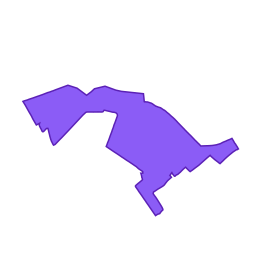 Marg, Al Qahirah, Egypt (Natural Earth projection), rotated 223°
{"feature_id": "37247803B51665438591487", "entity_name": "Marg", "entity_type": "district", "adm_level": 2, "iso_a3": "EGY", "parent_name": "Egypt", "parent_adm1": "Al Qahirah", "projection": "natural_earth1", "projection_center": [31.344, 30.156], "detail": "fine", "context": "isolated", "style": "filled", "palette": "violet", "viewbox_px": 256, "rotation_deg": 223, "n_neighbors": 0, "source": "geoboundaries", "source_scale": "gbopen_adm2", "svg_char_len": 5539}
<svg xmlns="http://www.w3.org/2000/svg" viewBox="0 0 256 256"><g transform="rotate(223 128 128)"><path d="M47.5,85.1L46.8,86.3L46.4,87.0L46.5,87.7L46.6,88.4L46.7,89.3L46.7,90.1L46.7,91.0L46.6,91.9L47.3,92.5L47.9,92.7L48.5,93.0L50.3,93.6L51.1,93.8L52.1,94.1L52.9,94.3L53.7,94.5L56.2,95.2L57.0,95.4L58.5,95.8L59.3,96.0L59.9,96.1L60.6,96.3L61.3,96.4L61.9,96.5L62.5,96.6L63.3,96.8L64.0,96.9L64.9,97.2L65.7,98.6L65.2,100.3L65.0,101.3L64.5,103.5L64.2,104.6L63.9,105.5L63.0,108.7L62.8,109.5L62.7,110.2L62.6,111.1L62.7,112.0L62.9,113.7L63.1,116.3L63.0,117.0L63.0,117.7L62.9,118.4L62.8,119.2L62.7,120.5L62.6,121.6L65.1,121.9L65.1,122.9L65.4,124.1L65.5,125.3L64.7,125.0L64.0,124.8L63.3,124.7L62.6,124.6L61.2,124.4L60.7,125.0L60.7,126.2L60.5,127.0L60.1,127.6L59.9,128.5L59.8,129.8L59.6,131.4L59.6,132.9L59.5,135.5L59.3,137.5L59.1,138.6L57.3,138.5L54.1,138.4L52.8,138.5L52.2,141.2L51.6,144.8L50.8,149.1L50.1,156.7L49.8,159.9L49.3,164.0L48.5,163.9L47.1,163.9L44.4,164.0L43.2,164.0L42.4,164.1L40.3,164.3L39.3,164.4L38.3,164.5L37.5,164.5L36.4,164.7L36.1,169.5L36.1,170.7L35.8,174.5L35.5,177.3L34.8,182.2L33.9,186.0L33.5,186.4L33.4,186.5L33.0,188.0L33.4,188.1L34.3,188.4L34.8,188.6L35.2,188.7L35.9,188.9L36.6,189.0L36.8,189.1L37.2,189.2L37.5,189.3L38.1,189.5L38.6,189.6L38.9,189.6L39.1,189.6L39.4,189.7L39.5,189.7L40.0,189.8L41.1,190.2L41.5,190.3L42.3,190.6L43.1,190.8L43.5,190.9L44.5,191.2L44.9,191.3L45.0,191.1L45.2,190.4L45.5,189.7L45.6,189.4L46.1,188.4L46.9,186.7L47.6,184.9L48.2,183.7L48.4,183.3L48.8,182.2L49.0,182.0L49.0,181.8L49.1,181.5L49.4,180.7L49.5,180.3L49.8,179.5L50.1,178.9L50.3,178.7L50.5,178.3L51.3,177.0L51.6,176.4L51.8,176.1L52.0,175.9L52.1,175.7L52.4,175.3L53.8,173.5L54.1,173.1L54.4,172.8L54.9,172.2L55.1,172.0L55.2,171.9L55.5,171.6L55.6,171.4L56.0,171.1L56.1,170.9L56.3,170.7L57.6,169.4L58.8,168.2L59.4,167.6L59.5,167.5L59.8,167.2L60.1,166.9L60.5,166.5L61.2,165.8L62.0,165.0L62.4,164.5L62.7,164.5L63.2,164.6L63.3,164.6L63.6,164.6L64.5,164.6L64.8,164.7L65.7,164.7L66.0,164.7L67.3,164.7L67.7,164.7L68.3,164.8L68.5,164.8L68.9,164.8L69.1,164.8L69.5,164.8L69.9,164.8L70.3,164.8L71.0,164.8L71.6,164.9L71.9,164.9L72.4,164.9L73.0,165.0L73.6,165.0L74.1,165.0L74.5,165.0L74.9,165.1L75.0,165.1L75.6,165.1L75.9,165.1L76.2,165.1L76.5,165.2L77.1,165.2L77.5,165.2L77.8,165.2L78.5,165.2L79.4,165.2L80.7,165.3L82.2,165.3L83.4,165.4L84.7,165.4L85.5,165.5L87.0,165.6L87.6,165.6L95.6,166.0L95.9,166.0L96.1,166.1L96.5,166.1L96.9,166.1L97.6,166.2L97.9,166.2L98.3,166.2L98.7,166.2L99.2,166.2L99.4,166.3L99.8,166.3L100.3,166.3L100.7,166.3L101.7,166.3L102.7,166.3L102.8,166.3L103.9,166.2L104.3,166.2L104.9,166.2L105.6,166.2L106.3,166.2L106.5,166.2L106.9,166.2L108.1,166.2L108.7,166.1L109.1,166.1L110.0,166.0L110.5,166.0L111.8,166.0L112.1,166.0L112.4,165.9L112.8,165.9L113.0,165.9L113.4,165.9L113.5,165.8L113.7,165.7L113.9,165.7L114.1,165.6L114.5,165.5L114.8,165.5L115.2,165.4L116.0,165.3L117.0,165.2L117.4,165.1L117.8,165.0L118.0,165.0L118.1,164.9L118.4,164.8L118.8,164.6L119.4,164.3L119.6,164.2L120.1,163.9L120.6,163.8L121.4,163.4L121.6,163.4L121.9,163.3L122.0,163.2L122.3,163.1L122.7,162.8L123.5,162.8L124.1,162.7L124.7,162.6L125.0,162.5L125.3,162.5L125.7,162.5L125.9,162.4L126.0,162.4L126.9,162.3L127.3,162.2L127.6,162.1L127.8,162.1L128.0,162.0L128.3,161.8L128.8,161.6L129.9,161.1L130.5,160.8L131.0,160.6L131.4,160.4L131.9,160.0L132.3,159.6L132.9,159.2L133.0,159.1L133.4,158.8L133.7,158.5L133.9,158.3L134.0,158.3L138.2,162.0L140.1,163.6L157.8,150.3L162.7,147.4L173.3,142.9L179.3,133.8L179.6,129.4L180.6,123.7L192.4,122.4L201.1,118.3L207.0,106.6L208.1,104.2L208.9,102.8L209.9,100.7L210.9,99.1L212.1,96.6L213.6,93.5L214.1,92.6L214.9,91.0L215.8,89.4L217.9,85.3L218.4,84.4L220.1,81.3L220.7,79.9L221.2,79.1L222.2,77.4L223.0,75.8L219.0,74.7L218.3,74.5L213.7,73.0L211.2,72.2L210.5,72.0L207.1,71.0L203.7,69.7L197.1,67.7L196.6,69.1L195.9,71.2L195.6,70.6L195.2,69.9L194.5,69.3L193.8,69.0L192.3,68.4L191.0,68.0L189.0,67.2L188.4,67.0L187.6,67.2L187.3,68.2L187.3,69.3L187.3,70.3L187.3,71.5L187.1,72.4L186.3,73.1L185.4,72.5L184.7,72.1L183.4,71.2L182.6,70.7L181.2,69.8L179.6,68.7L178.9,68.3L177.6,67.5L176.9,67.1L176.4,66.8L175.7,66.5L175.2,66.2L174.7,66.0L174.1,65.8L173.3,65.5L172.0,65.0L171.4,64.8L170.7,64.7L170.1,66.3L170.0,73.3L169.9,75.4L169.8,85.7L169.8,89.0L169.8,94.1L169.8,97.2L169.8,100.3L169.8,106.6L169.5,110.8L168.9,111.7L168.0,112.6L164.3,116.0L160.3,119.8L159.8,120.3L159.2,120.8L158.4,121.5L157.7,122.3L157.4,122.9L157.5,123.8L157.6,124.7L157.1,125.1L156.0,125.7L154.1,126.8L153.1,127.4L151.5,128.3L150.5,128.8L149.9,129.2L149.3,129.7L148.4,130.3L147.6,130.7L146.8,130.9L146.1,130.9L145.2,130.7L144.3,130.0L143.7,129.0L143.4,128.1L142.7,126.6L142.3,125.6L141.2,123.1L140.9,122.3L140.6,121.5L140.3,120.7L140.0,120.1L139.1,118.3L138.4,116.6L138.1,115.8L137.6,114.8L137.2,113.9L136.2,111.4L135.7,110.2L134.6,107.7L133.6,105.4L132.9,103.4L132.6,102.7L132.2,101.9L131.9,101.1L131.3,99.6L124.9,100.6L124.2,100.7L123.0,100.9L120.6,101.3L118.4,101.7L114.0,102.4L112.4,102.6L111.6,102.8L106.9,103.5L104.4,104.0L101.8,104.4L100.7,104.6L100.1,104.7L99.3,104.8L98.6,104.9L97.9,105.0L96.7,105.2L95.7,105.4L94.7,105.4L94.1,105.4L92.5,105.4L88.1,106.1L87.4,106.1L86.4,105.1L86.8,104.6L87.8,103.7L87.2,103.4L86.5,102.9L85.6,102.4L84.7,101.7L84.2,101.3L83.3,100.9L82.2,100.1L82.2,98.8L82.4,97.6L82.6,95.7L82.8,94.6L82.9,93.5L83.1,91.8L83.0,90.6L82.3,90.2L79.5,89.6L78.8,89.5L77.8,89.2L76.6,88.9L73.1,88.2L70.4,87.6L67.8,87.0L65.7,86.6L64.6,86.3L62.8,85.9L60.3,85.4L57.7,84.8L55.0,84.2L48.1,82.7L47.5,85.1Z" fill="#8b5cf6" stroke="#5b21b6" stroke-width="1.5"/></g></svg>